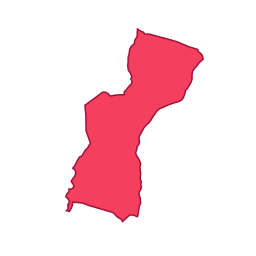 the district of São Felipe, Bahia, Brazil, rotated 27°
{"feature_id": "56859067B73272671574835", "entity_name": "São Felipe", "entity_type": "district", "adm_level": 2, "iso_a3": "BRA", "parent_name": "Brazil", "parent_adm1": "Bahia", "projection": "natural_earth1", "projection_center": [-39.09, -12.85], "detail": "fine", "context": "isolated", "style": "filled", "palette": "rose", "viewbox_px": 256, "rotation_deg": 27, "n_neighbors": 0, "source": "geoboundaries", "source_scale": "gbopen_adm2", "svg_char_len": 1813}
<svg xmlns="http://www.w3.org/2000/svg" viewBox="0 0 256 256"><g transform="rotate(27 128 128)"><path d="M79.3,127.4L84.7,135.8L91.9,149.5L101.4,158.5L101.1,161.9L101.1,164.7L100.0,166.8L99.8,170.4L99.5,174.0L98.0,175.7L97.6,180.5L97.7,183.3L97.7,185.8L97.0,188.9L99.9,189.5L101.9,191.9L102.5,195.7L101.7,198.5L101.6,201.3L104.0,202.6L106.4,204.3L105.8,207.6L103.1,209.3L104.3,211.4L103.5,214.4L103.8,217.5L107.0,218.5L109.3,220.1L109.3,224.0L111.3,227.2L110.7,229.6L113.7,228.9L113.9,225.7L113.6,222.6L112.4,219.2L121.4,215.5L124.9,215.1L128.5,214.8L153.1,210.1L156.2,211.2L159.8,212.3L163.0,212.2L165.6,213.8L169.0,204.8L171.3,203.5L173.6,203.1L176.7,202.6L175.8,199.2L174.6,195.7L173.6,192.9L173.4,189.3L171.7,186.5L170.4,184.4L168.5,183.0L167.0,180.2L167.3,177.2L166.7,174.3L165.2,172.8L164.1,169.5L162.3,168.4L161.2,166.1L159.8,162.5L157.5,159.2L156.3,157.2L155.5,154.0L152.9,151.7L151.1,150.4L148.6,149.1L146.1,146.8L145.5,143.0L144.6,140.5L145.2,137.4L144.5,134.9L142.9,133.1L141.8,130.3L142.1,124.4L142.1,120.3L143.0,117.0L144.2,114.1L144.8,110.8L145.0,107.4L145.9,100.2L147.4,96.3L149.3,94.4L152.4,90.3L154.9,87.5L156.9,85.5L158.6,83.8L160.9,81.7L163.1,78.8L163.6,75.4L163.1,72.2L162.2,68.4L163.0,65.9L163.1,62.9L163.5,58.5L162.9,55.5L160.9,51.6L159.8,48.2L160.2,44.4L161.3,41.3L161.6,38.0L162.5,35.6L163.7,32.6L161.7,30.0L159.1,28.6L156.2,28.1L154.4,26.4L145.1,28.0L141.8,28.2L138.0,28.5L133.1,28.8L126.2,30.1L103.8,34.8L100.5,36.8L98.4,35.7L95.0,35.9L91.5,35.5L93.0,38.9L94.7,42.4L94.2,45.9L95.3,50.1L93.9,53.5L93.7,56.9L95.2,61.0L96.0,64.9L98.1,69.0L99.5,72.6L102.0,76.3L105.3,78.1L108.0,80.3L108.2,83.0L110.3,84.4L111.0,86.9L109.8,90.7L109.2,94.4L108.2,97.5L109.6,99.9L102.2,104.2L97.3,107.8L95.4,106.6L92.2,106.2L89.2,107.5L79.3,127.4Z" fill="#f43f5e" stroke="#9f1239" stroke-width="1.5"/></g></svg>